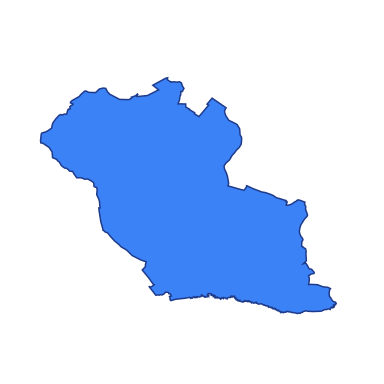 Husasau De Tinca, Bihor, Romania (Robinson projection), rotated 7°
{"feature_id": "2599482B81201825015639", "entity_name": "Husasau De Tinca", "entity_type": "district", "adm_level": 2, "iso_a3": "ROU", "parent_name": "Romania", "parent_adm1": "Bihor", "projection": "robinson", "projection_center": [21.937, 46.86], "detail": "fine", "context": "isolated", "style": "filled", "palette": "blue", "viewbox_px": 384, "rotation_deg": 7, "n_neighbors": 0, "source": "geoboundaries", "source_scale": "gbopen_adm2", "svg_char_len": 6067}
<svg xmlns="http://www.w3.org/2000/svg" viewBox="0 0 384 384"><g transform="rotate(7 192 192)"><path d="M348.7,285.0L348.1,284.9L348.1,284.2L347.8,283.9L345.4,283.4L343.8,281.9L342.5,280.0L341.2,279.0L340.4,275.8L340.5,272.5L341.2,271.0L338.4,270.1L333.3,270.1L327.9,268.7L321.0,269.2L319.0,269.7L319.2,265.8L318.9,263.1L317.9,260.9L320.4,258.8L322.5,258.2L323.2,257.6L323.0,256.8L320.1,254.1L317.6,253.9L315.2,250.5L313.5,248.7L311.3,249.6L313.9,246.3L312.6,239.4L312.6,237.4L311.8,234.8L311.3,234.3L310.4,234.1L308.8,232.9L307.8,232.9L307.5,232.6L307.0,227.6L307.7,227.0L307.9,225.5L306.6,223.7L305.6,222.9L304.2,220.6L303.4,218.2L303.4,214.8L304.1,211.2L307.0,205.1L309.2,202.1L309.5,200.8L306.7,194.9L306.7,192.7L305.1,190.0L305.3,188.3L299.9,187.0L298.1,186.9L296.8,187.9L296.5,188.6L295.3,189.2L292.4,191.8L290.0,193.1L287.7,193.6L287.0,193.5L287.7,190.3L286.2,190.0L286.0,189.4L286.3,189.0L276.2,187.3L273.7,185.9L271.0,184.9L264.8,183.6L261.4,183.5L252.1,181.2L245.6,179.1L245.4,179.1L245.6,180.1L243.5,183.9L239.6,183.5L226.9,181.5L227.4,179.2L225.5,172.8L224.1,169.5L221.4,165.1L220.7,162.5L220.8,161.8L222.2,159.1L225.3,155.6L227.5,150.5L229.5,147.9L230.9,145.2L233.5,142.0L235.0,138.5L234.9,134.1L234.5,131.7L232.7,129.3L231.6,123.5L228.8,119.8L227.9,119.2L219.7,116.3L216.3,112.2L214.6,108.9L214.5,107.0L215.6,104.3L200.5,96.4L196.2,103.0L197.9,103.8L189.7,116.3L184.9,114.1L185.0,113.0L179.4,110.6L179.6,110.2L175.5,108.5L175.0,105.4L167.4,106.2L168.3,102.7L168.5,97.9L169.0,97.0L168.6,93.7L170.1,93.5L171.4,90.2L169.5,87.9L168.2,85.0L166.1,84.1L163.8,84.8L160.8,84.8L157.8,85.5L157.7,85.1L157.0,85.2L153.7,83.4L153.9,81.6L152.1,82.2L140.1,90.8L146.4,94.7L136.0,101.7L125.8,104.0L125.6,103.9L125.5,103.4L126.3,101.7L125.9,101.4L124.2,103.4L120.3,105.3L120.8,105.9L118.2,108.0L108.9,108.9L98.5,105.0L95.8,102.7L93.8,99.7L93.4,99.6L90.9,99.7L87.3,101.2L85.3,103.8L84.0,105.1L78.6,105.6L76.9,105.6L74.7,104.7L73.2,104.9L69.6,109.0L68.5,110.9L61.9,115.8L60.5,117.4L60.5,118.4L63.3,119.2L63.0,119.9L61.0,121.3L60.3,122.4L61.0,123.6L61.0,124.4L59.3,124.8L59.2,125.3L58.8,125.4L58.0,130.1L55.6,130.2L53.8,131.5L52.3,131.1L50.8,132.0L48.1,135.7L45.5,140.3L45.1,142.2L44.9,145.7L41.2,149.0L39.2,150.3L35.9,151.7L35.3,152.7L35.4,159.7L36.1,161.8L37.1,161.6L38.5,162.0L44.8,165.2L48.3,169.4L49.4,174.9L53.6,176.1L54.9,177.5L56.5,178.3L59.3,181.9L62.7,183.8L64.1,183.7L65.6,184.2L68.0,186.2L71.1,186.2L72.4,188.1L75.8,191.9L80.7,191.4L83.9,192.4L86.9,191.8L91.0,193.4L93.2,194.8L93.8,196.1L93.8,197.9L94.4,198.7L97.0,199.3L97.6,201.8L97.7,206.2L100.4,210.5L101.3,212.8L102.7,219.0L101.5,219.1L101.8,220.9L105.1,232.6L107.4,238.0L108.2,240.0L108.3,240.8L109.1,241.1L110.8,242.3L113.2,242.8L116.4,246.0L121.2,250.1L125.7,252.9L128.4,255.1L134.2,257.6L140.4,262.4L149.0,265.5L151.5,266.2L154.9,266.7L154.6,270.2L154.9,271.7L152.1,275.5L159.0,282.0L164.6,288.1L165.8,288.7L163.2,291.0L162.0,291.4L160.6,290.8L168.7,298.9L171.0,298.2L172.1,298.4L173.4,297.7L175.0,297.8L177.0,296.2L177.8,294.7L180.9,294.5L181.5,295.8L183.0,295.9L184.2,297.7L182.4,298.4L183.4,300.5L183.3,301.5L184.3,302.4L189.0,300.4L197.6,298.4L202.8,296.8L203.6,297.7L204.6,297.0L205.0,297.4L205.5,297.1L205.9,296.2L206.8,296.1L207.0,295.6L207.4,295.9L207.3,296.3L207.5,296.5L209.0,296.3L209.1,296.2L209.0,295.7L209.8,295.9L209.7,295.3L210.2,295.1L211.9,295.4L213.8,294.6L213.9,293.0L214.1,292.9L214.5,293.9L215.4,293.4L215.9,293.7L215.9,294.2L217.1,294.4L217.5,294.9L217.8,294.9L218.0,294.2L219.9,294.3L220.4,293.8L221.1,293.8L220.3,292.9L220.9,292.5L219.9,292.3L220.4,291.8L220.3,290.9L222.9,290.6L222.8,290.9L223.7,291.0L223.7,292.2L224.4,292.4L224.7,292.2L224.5,291.9L224.9,291.8L224.9,292.4L226.1,292.6L226.4,291.8L226.7,292.1L226.4,292.3L226.6,292.7L227.0,292.6L226.7,293.1L227.4,292.9L227.2,293.3L227.8,294.3L229.1,294.1L228.8,293.6L229.3,293.5L229.0,293.0L229.5,293.4L230.1,293.1L230.2,293.4L229.8,293.6L230.1,294.0L231.9,293.8L233.3,294.7L233.4,294.2L234.1,294.4L234.3,294.0L234.0,293.6L234.6,293.2L235.1,293.5L235.8,293.1L235.7,293.7L236.1,294.0L236.4,293.2L236.8,293.1L238.4,293.2L238.6,293.6L239.5,293.7L239.3,293.4L239.9,293.3L240.8,292.3L243.0,292.0L243.1,291.2L243.8,291.1L244.3,291.4L244.6,291.2L244.3,290.8L244.6,290.9L245.1,290.6L245.5,291.1L246.4,289.9L246.3,290.3L246.8,290.3L246.7,290.6L247.2,291.2L247.9,291.5L247.7,291.7L247.9,291.8L247.8,292.2L248.6,292.0L248.7,293.2L249.6,293.2L249.5,293.6L250.2,293.5L250.1,293.9L250.5,294.2L251.1,293.9L251.3,294.4L251.8,294.2L251.5,294.6L252.0,294.3L252.6,294.5L252.7,294.1L252.9,294.4L254.5,294.9L255.9,295.0L256.6,294.7L256.4,294.3L257.0,294.2L257.3,293.6L257.8,294.0L258.2,293.9L258.3,293.6L258.8,293.7L258.9,293.4L259.4,293.7L259.8,293.5L260.0,293.8L260.5,293.5L260.8,293.9L261.3,293.2L262.0,293.8L262.1,293.3L263.5,293.6L263.5,293.9L264.0,294.1L264.6,294.8L264.9,294.5L264.9,294.1L265.3,294.1L265.5,294.5L267.0,294.8L267.4,294.4L268.5,294.3L268.8,294.1L268.8,293.6L269.0,293.6L269.1,294.0L269.5,293.8L269.5,294.5L271.9,295.2L273.9,294.6L275.4,294.6L275.6,295.0L276.5,295.4L277.3,295.1L277.7,295.3L277.7,295.6L278.5,295.6L279.4,296.1L279.7,295.8L281.5,295.8L281.5,296.6L282.3,297.1L283.6,296.6L284.5,297.2L285.0,296.7L285.5,296.7L285.9,297.1L285.6,297.3L285.9,297.7L286.3,297.5L286.9,298.2L287.5,297.8L288.3,297.8L288.2,297.6L288.4,297.3L289.0,297.4L289.1,298.5L289.8,298.3L290.5,299.0L291.8,298.8L291.7,299.3L292.3,299.2L293.2,299.9L293.6,299.7L294.6,300.6L294.6,300.2L294.9,300.4L295.9,300.0L296.2,300.5L297.7,300.6L298.3,299.9L299.7,299.9L300.1,299.3L300.6,299.3L301.7,298.7L302.0,299.1L303.4,299.2L304.6,298.9L305.1,299.4L309.2,299.4L311.3,299.8L312.8,299.2L314.0,299.3L314.1,298.9L314.8,298.5L316.3,298.0L317.0,297.1L319.8,296.0L321.3,296.3L326.7,295.9L333.5,294.8L335.1,294.4L338.4,292.3L339.8,292.4L340.7,291.7L341.6,291.5L343.0,291.4L343.4,291.7L343.9,290.0L344.6,290.0L344.9,289.6L344.8,289.3L345.3,289.2L345.9,289.8L346.5,289.3L346.2,288.9L347.1,288.8L347.2,288.2L346.7,288.0L347.4,287.0L346.5,286.8L347.4,286.2L348.1,286.3L348.1,285.4L348.7,285.3L348.7,285.0Z" fill="#3b82f6" stroke="#1e3a8a" stroke-width="1.5"/></g></svg>